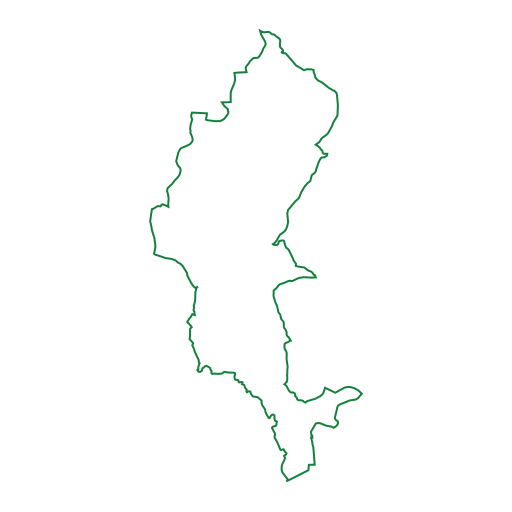 Aldana, Nariño, Colombia (orthographic projection)
{"feature_id": "7082276B17700118356894", "entity_name": "Aldana", "entity_type": "district", "adm_level": 2, "iso_a3": "COL", "parent_name": "Colombia", "parent_adm1": "Nariño", "projection": "orthographic", "projection_center": [-77.695, 0.907], "detail": "fine", "context": "isolated", "style": "outline", "palette": "green", "viewbox_px": 512, "rotation_deg": 0, "n_neighbors": 0, "source": "geoboundaries", "source_scale": "gbopen_adm2", "svg_char_len": 6058}
<svg xmlns="http://www.w3.org/2000/svg" viewBox="0 0 512 512"><path d="M286.5,481.3L308.4,470.2L308.9,464.8L314.7,464.7L313.3,447.0L312.7,445.3L312.1,441.4L311.1,437.8L312.4,437.7L312.2,436.3L312.2,435.7L311.5,435.7L311.0,431.7L315.8,423.5L317.8,423.1L320.1,423.2L326.0,425.6L331.7,426.7L333.5,427.8L335.5,426.7L337.3,424.9L338.0,423.4L337.8,421.5L335.8,419.9L334.8,418.2L337.5,406.7L338.3,405.4L340.0,404.4L349.9,400.4L355.5,399.6L357.8,398.4L361.8,393.7L358.3,390.4L354.2,388.1L350.5,387.1L347.7,386.9L344.6,387.6L335.3,392.7L325.1,387.8L323.9,391.5L323.0,393.7L320.9,395.8L316.9,398.0L314.6,399.0L311.6,399.8L309.2,400.6L307.6,400.9L305.5,402.6L303.8,401.7L303.0,400.9L302.0,400.5L301.0,400.3L298.7,400.2L297.6,399.8L297.1,399.0L296.9,397.8L295.4,396.4L295.2,395.9L295.3,394.9L295.0,393.8L294.5,393.2L292.9,392.4L291.4,392.5L290.5,392.3L288.8,390.4L286.3,385.7L284.4,384.3L287.0,381.5L287.1,381.2L287.3,378.1L287.1,374.9L287.3,373.4L287.4,368.9L287.7,367.0L286.6,359.5L286.7,353.0L286.1,351.1L284.9,349.2L284.7,348.5L284.4,346.5L284.7,343.8L286.5,342.6L288.1,342.1L289.7,340.9L290.7,340.7L289.0,337.7L287.0,335.7L286.6,334.5L286.6,332.1L285.3,329.3L284.1,327.8L283.8,326.7L283.8,323.2L283.5,321.8L281.1,318.8L280.2,314.5L278.8,312.8L278.4,312.2L277.1,306.1L275.5,302.6L273.7,297.0L273.5,294.9L273.7,293.3L273.6,291.0L273.9,290.2L276.2,288.4L278.7,285.2L280.3,284.1L284.5,282.8L287.9,281.2L289.2,280.8L292.5,281.0L297.8,278.4L299.6,277.8L303.8,277.2L311.2,277.6L315.8,277.4L315.0,275.2L313.6,274.7L312.9,273.3L312.0,272.3L310.2,271.2L308.3,270.6L304.3,267.5L298.3,266.6L295.8,265.9L296.0,263.8L293.5,260.3L293.0,258.6L288.6,249.6L286.8,248.2L285.8,247.0L285.1,245.0L284.1,241.2L283.6,240.6L282.5,240.4L279.7,240.9L278.8,241.6L278.5,243.1L277.9,244.3L277.2,244.8L275.3,245.1L273.4,244.6L272.9,244.1L274.2,243.4L275.8,241.7L276.7,240.4L279.9,234.8L284.5,231.4L286.1,229.3L287.4,225.6L288.1,222.0L287.3,213.5L288.0,210.1L295.5,201.1L298.4,198.7L299.3,197.3L301.2,192.3L304.8,186.3L307.8,182.9L309.4,181.8L310.4,180.8L311.6,175.7L312.0,175.0L315.1,172.5L315.6,171.6L316.0,169.9L318.5,162.7L319.7,160.0L320.7,158.4L321.7,157.6L324.6,157.2L326.7,155.8L327.3,153.8L323.5,153.7L322.8,152.9L322.3,150.7L321.0,149.5L319.9,147.9L318.2,146.3L315.7,144.7L319.4,142.0L321.5,138.7L322.5,137.7L325.9,135.3L327.0,134.3L328.3,132.8L332.1,125.9L333.2,122.6L336.8,116.7L337.5,115.1L337.9,105.2L337.6,101.9L337.0,95.1L336.4,92.8L334.2,90.7L333.1,90.4L329.0,88.0L322.9,83.1L320.6,81.7L318.8,80.9L317.6,80.0L316.5,78.9L315.2,77.0L314.6,74.3L313.7,72.3L313.6,70.0L311.5,69.4L307.2,69.2L304.0,70.2L298.5,66.8L296.3,65.7L286.2,53.9L285.0,53.2L282.9,53.1L281.8,52.4L282.0,51.8L283.0,51.1L283.0,50.3L282.7,49.7L280.5,47.6L280.0,46.7L279.9,42.8L280.3,41.5L280.2,40.6L280.1,39.8L279.2,38.4L276.5,36.6L274.5,34.8L273.9,34.5L272.3,34.3L271.6,33.9L269.7,32.3L268.0,31.9L264.3,32.3L261.9,31.8L260.1,30.7L261.4,35.1L265.2,41.7L265.6,43.8L265.3,45.5L263.3,48.5L262.0,52.0L259.4,56.3L258.1,57.5L257.2,57.9L253.7,58.0L252.6,58.7L249.8,61.5L248.7,63.5L246.6,65.9L245.8,67.3L245.7,68.5L246.6,72.2L237.6,72.6L234.4,72.9L235.0,77.6L235.1,80.3L233.9,84.2L231.2,90.7L230.9,92.0L230.7,93.3L230.7,102.1L221.9,102.4L224.6,106.3L227.2,108.5L227.8,109.3L228.0,111.2L228.4,111.8L228.2,113.3L227.5,114.6L224.4,118.7L222.3,120.1L220.0,121.1L215.5,121.2L207.9,120.3L205.9,119.6L206.5,116.9L206.9,113.3L192.0,112.6L191.3,115.0L191.2,116.7L192.2,119.6L190.8,124.0L190.1,128.6L190.6,130.6L190.4,133.0L192.0,136.5L192.7,139.6L192.5,140.9L191.8,142.2L190.2,144.0L186.4,146.0L181.9,147.8L181.0,148.3L180.4,148.9L179.4,150.4L178.3,152.6L176.2,161.2L177.6,165.0L180.2,168.2L180.6,169.8L180.5,171.3L179.6,174.5L178.7,176.1L176.7,178.5L174.7,180.5L171.7,184.4L167.9,187.8L167.4,188.9L167.1,190.1L167.2,191.4L168.1,194.7L168.6,198.4L168.2,205.1L168.4,206.8L164.0,204.7L162.1,204.4L161.7,204.6L160.8,206.1L160.4,206.4L158.1,206.1L157.4,206.3L153.6,208.6L152.0,209.1L151.2,213.6L150.2,221.5L151.2,225.6L151.9,230.0L154.5,238.5L154.8,241.7L155.2,243.6L155.4,246.8L154.5,252.0L154.1,253.0L154.1,253.5L154.6,254.4L162.0,256.8L165.5,258.1L171.1,258.9L174.1,259.7L175.6,260.5L178.1,262.6L180.2,263.6L182.6,265.9L187.0,273.0L187.5,276.0L191.1,282.8L192.5,285.0L194.4,287.3L195.1,287.7L196.1,287.6L198.0,286.6L196.9,287.5L196.3,288.4L195.4,292.1L195.2,299.8L194.3,304.2L193.7,305.8L194.2,307.6L193.7,309.0L193.6,310.4L194.5,312.1L194.3,313.4L194.8,315.0L192.3,314.2L191.1,316.5L189.0,319.0L187.2,322.0L187.5,322.5L189.1,323.7L189.9,324.9L190.7,325.6L191.7,327.2L190.3,328.4L190.1,329.3L190.0,336.4L189.6,339.1L193.2,343.2L192.3,345.2L194.2,349.4L194.6,351.4L198.7,360.0L198.8,362.3L199.7,363.3L199.1,364.3L198.6,366.2L198.3,366.5L198.3,369.6L198.1,369.7L197.6,369.6L197.4,369.9L197.5,370.4L198.3,371.5L198.8,371.8L200.2,371.9L201.9,370.8L202.2,368.9L202.6,368.2L203.7,367.6L204.9,366.3L206.5,365.9L209.0,367.2L210.2,368.1L210.6,369.9L211.5,370.9L211.4,373.0L211.9,373.7L212.3,373.9L214.0,373.6L218.3,373.9L221.0,373.7L222.3,373.3L223.7,372.2L224.6,371.9L228.8,372.6L233.1,372.6L234.9,373.1L235.2,374.1L234.6,375.8L234.5,377.4L234.9,379.3L235.6,379.7L238.1,380.1L238.4,380.3L238.5,381.8L238.9,382.3L239.6,382.4L240.7,382.1L241.9,382.0L242.6,382.5L242.0,384.2L244.1,384.9L244.3,385.2L245.1,387.8L246.8,389.8L246.4,391.2L246.9,392.2L247.2,392.3L247.6,391.8L248.7,391.3L249.8,391.3L250.3,391.7L251.1,394.0L252.4,396.0L253.1,396.5L257.0,397.0L258.1,397.6L261.4,400.4L261.7,401.0L261.4,402.4L262.2,405.1L262.7,406.0L265.1,409.4L265.5,412.0L266.4,414.1L268.4,417.5L269.1,418.1L269.7,417.9L271.0,415.6L272.2,414.7L273.4,414.6L274.3,415.3L274.5,415.9L274.5,418.9L274.9,420.4L275.3,420.8L276.6,421.3L276.9,421.7L276.5,423.3L276.4,425.0L276.0,425.7L272.6,426.8L272.0,427.6L272.2,428.4L275.0,433.6L275.1,434.9L274.5,436.5L274.7,437.9L275.9,439.7L277.5,442.8L280.3,449.6L281.0,450.0L283.2,449.3L283.7,449.4L284.3,450.8L286.5,453.3L286.1,454.3L284.0,455.9L284.9,457.6L285.0,458.3L284.4,460.0L282.2,464.3L281.8,466.1L281.6,468.3L281.8,470.5L282.5,472.6L287.5,479.0L287.6,479.7L286.5,481.3Z" fill="none" stroke="#15803d" stroke-width="2"/></svg>